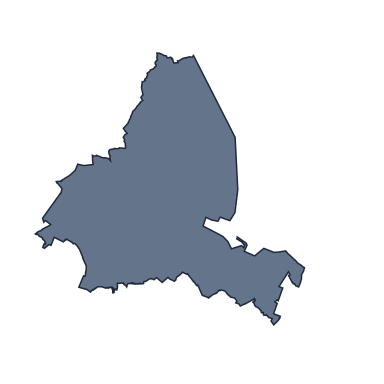 Villa de Cos, Zacatecas, Mexico (Equal Earth projection), rotated 290°
{"feature_id": "50627088B44812883049784", "entity_name": "Villa de Cos", "entity_type": "district", "adm_level": 2, "iso_a3": "MEX", "parent_name": "Mexico", "parent_adm1": "Zacatecas", "projection": "equal_earth", "projection_center": [-102.286, 23.528], "detail": "fine", "context": "isolated", "style": "filled", "palette": "slate", "viewbox_px": 384, "rotation_deg": 290, "n_neighbors": 0, "source": "geoboundaries", "source_scale": "gbopen_adm2", "svg_char_len": 5907}
<svg xmlns="http://www.w3.org/2000/svg" viewBox="0 0 384 384"><g transform="rotate(290 192 192)"><path d="M168.7,300.2L165.5,294.5L163.3,289.8L163.6,278.8L153.4,272.7L154.1,261.4L160.9,261.9L162.5,260.4L165.2,250.0L164.8,250.2L163.3,250.0L162.1,255.9L161.5,256.5L160.5,259.3L160.1,258.9L159.8,259.5L157.5,259.6L158.5,256.8L152.1,248.5L157.7,242.6L160.7,236.4L161.4,232.3L163.8,214.0L172.9,213.8L172.4,220.0L173.4,226.4L178.0,227.1L178.0,237.4L187.4,239.4L209.9,234.2L258.1,213.8L320.8,146.7L320.2,146.4L319.7,146.5L319.1,146.3L318.4,145.1L318.3,143.8L317.7,142.5L316.5,141.4L316.3,141.1L316.5,140.9L316.1,140.2L315.9,140.2L315.7,139.5L315.0,138.7L315.0,138.4L314.5,138.0L314.3,137.6L310.9,134.8L310.5,134.4L310.3,133.6L308.8,134.8L307.0,130.7L309.6,128.8L309.9,127.8L310.1,127.6L310.5,128.0L311.2,126.4L311.3,125.7L311.0,125.1L310.0,123.9L309.7,123.2L309.9,122.5L311.1,121.3L310.7,118.6L311.1,117.2L311.3,113.9L311.1,113.8L310.6,111.5L308.1,112.7L306.5,112.9L305.2,113.6L305.1,114.0L304.8,114.3L304.0,114.3L304.1,114.0L303.2,113.8L302.4,113.3L301.7,113.3L301.4,113.0L300.7,113.2L299.7,113.7L299.6,114.5L299.4,114.4L298.5,115.1L297.7,115.2L297.3,114.6L296.5,114.2L295.9,114.3L295.0,113.6L294.1,113.2L293.5,112.7L293.3,112.1L292.9,111.6L292.0,111.1L290.2,110.7L288.8,109.4L288.1,109.3L288.0,109.7L287.8,109.6L287.3,110.1L285.5,110.1L284.9,110.3L284.6,110.1L283.7,110.3L282.7,109.4L281.6,109.1L281.3,109.3L281.2,109.7L280.8,110.0L280.5,110.0L279.3,108.5L278.1,107.8L278.2,107.6L272.9,108.8L266.6,112.7L266.4,112.4L263.4,111.6L261.5,113.8L261.2,114.4L258.5,112.6L258.1,112.9L257.3,112.7L257.2,112.4L256.6,112.1L255.6,111.9L254.5,111.3L253.2,111.0L252.9,110.8L251.7,110.7L249.1,109.7L247.7,108.8L247.3,109.0L245.8,108.8L244.3,109.0L242.5,108.6L240.3,108.9L238.5,108.5L237.0,108.6L235.9,108.2L234.7,108.4L228.4,105.7L226.5,108.1L224.9,111.0L222.9,109.4L219.9,108.7L218.2,110.8L216.6,110.8L215.5,111.9L215.3,112.5L212.2,113.8L211.6,114.4L210.2,114.2L210.0,113.9L208.6,108.5L207.7,108.2L206.9,106.5L206.6,104.6L206.3,104.6L206.2,104.2L205.5,103.5L205.0,102.3L204.6,102.1L204.4,101.2L203.5,100.2L203.2,100.3L202.0,99.8L201.5,99.9L199.5,101.0L197.6,102.8L195.8,103.2L193.6,104.6L194.9,102.1L194.7,101.7L194.8,101.0L194.4,98.3L193.9,97.4L193.6,95.8L193.8,92.6L193.6,90.8L193.8,89.6L193.1,89.4L192.4,88.1L192.2,86.9L192.4,85.9L187.4,87.9L184.0,89.7L180.3,82.3L179.6,80.2L179.1,75.1L172.5,74.9L165.8,71.4L157.6,64.9L157.3,65.3L155.4,60.9L154.2,62.1L153.8,63.6L152.9,64.8L152.2,66.5L150.3,68.8L146.1,69.1L146.1,68.9L116.2,60.5L112.9,63.1L115.1,64.0L113.1,70.3L111.2,69.1L107.5,65.5L107.1,65.4L106.3,64.4L103.9,63.2L102.5,61.3L99.0,59.1L98.8,60.3L99.1,61.0L99.6,61.5L98.1,63.7L98.3,63.9L98.1,64.2L98.2,64.7L97.8,66.6L97.3,67.5L96.9,67.5L96.2,68.4L96.1,69.5L95.2,70.8L94.3,71.0L94.1,71.5L93.2,72.1L93.0,71.8L93.1,71.5L92.7,71.4L92.7,70.9L92.2,70.6L88.8,70.8L88.9,71.6L88.6,72.5L89.8,73.4L90.6,73.6L90.9,74.1L91.8,74.4L93.8,75.7L93.7,77.8L102.3,78.0L101.1,88.2L102.6,88.9L103.8,89.1L103.6,89.8L104.8,90.1L103.7,96.0L103.2,97.6L102.7,98.2L103.4,98.8L103.4,99.9L101.8,102.9L99.5,106.0L93.6,111.5L93.1,111.9L92.6,111.8L86.4,117.9L82.6,119.2L80.2,119.5L76.5,120.4L76.3,120.3L76.2,118.8L63.8,118.2L64.4,126.8L63.2,130.9L64.8,131.1L65.0,131.6L65.8,132.1L66.1,132.6L66.3,132.2L67.3,133.2L67.4,133.7L68.6,134.0L68.5,134.5L70.7,135.7L72.1,139.8L72.2,144.1L72.9,144.4L72.9,145.8L73.5,145.7L73.5,146.8L74.1,147.2L74.1,147.6L74.7,147.9L74.7,148.4L75.2,148.8L75.1,149.8L74.6,149.4L74.5,150.5L74.0,150.2L74.0,151.0L73.5,150.6L73.4,151.2L72.7,151.0L69.6,152.3L70.6,152.4L70.6,152.9L71.1,153.1L71.3,152.4L71.8,152.7L72.1,152.0L73.2,152.8L73.4,152.2L74.5,152.9L74.2,153.5L74.7,153.8L74.3,154.3L74.2,154.8L76.3,154.7L78.2,154.2L80.4,153.1L81.1,153.5L81.2,154.9L81.4,155.5L82.4,156.9L82.6,158.5L83.0,158.6L82.8,159.3L82.0,159.5L81.1,162.3L80.4,163.1L81.5,163.1L82.3,162.7L83.8,163.1L84.2,163.6L84.8,165.3L85.0,165.2L85.6,166.9L86.2,166.4L86.3,166.6L85.3,167.4L85.7,168.3L86.0,167.9L86.2,168.2L86.0,168.4L86.4,168.8L85.9,170.0L86.3,170.6L86.8,170.7L86.8,172.0L87.3,173.1L87.3,173.3L87.9,173.5L87.8,174.2L88.4,174.4L88.1,175.3L88.5,175.5L89.0,177.4L89.6,177.8L90.4,177.4L91.7,177.6L92.0,179.0L95.3,181.4L96.5,182.8L96.4,183.5L96.9,183.9L96.6,186.4L99.4,188.0L96.8,194.9L103.5,198.6L102.6,200.8L102.3,204.4L102.4,204.8L102.0,205.9L103.9,206.9L104.6,206.6L107.1,206.9L109.7,208.9L110.3,208.9L112.4,210.3L113.4,210.3L112.9,215.5L113.7,215.9L112.0,218.0L110.8,220.3L109.1,222.9L108.9,222.9L108.6,224.1L108.2,224.1L108.2,224.7L107.3,226.1L105.9,228.0L105.7,228.6L105.8,229.1L106.4,229.4L98.6,236.8L98.8,237.3L98.4,237.7L98.4,241.7L98.1,244.0L99.9,244.5L99.8,244.9L102.4,246.5L104.4,248.4L104.2,248.4L104.6,249.0L105.9,250.0L107.8,250.4L107.8,250.8L108.6,250.9L108.6,251.2L109.2,251.4L109.1,252.2L109.6,252.2L110.1,254.2L110.1,257.4L108.6,259.4L107.3,262.0L107.4,262.6L107.2,262.6L107.2,263.0L106.5,264.0L106.4,264.9L106.7,265.4L106.9,268.5L104.8,271.5L102.8,271.0L102.9,274.2L101.4,276.4L104.9,279.8L104.7,279.9L105.2,280.4L111.8,286.1L113.3,287.1L112.0,288.4L111.8,287.8L110.9,288.2L110.6,288.0L110.6,287.7L110.2,287.0L109.2,286.9L108.9,288.3L108.3,288.5L108.0,289.0L106.8,289.8L106.0,291.3L106.2,292.0L105.3,295.3L104.5,296.3L104.3,297.5L103.4,297.7L102.4,298.5L102.6,299.3L103.2,300.2L101.7,300.7L101.2,301.5L100.9,301.5L101.3,303.3L101.9,303.7L101.5,304.1L101.6,304.6L101.5,305.1L100.3,306.8L100.4,310.7L97.8,310.4L95.1,314.3L101.0,317.0L103.3,317.6L103.4,317.1L104.0,317.3L104.1,317.5L105.4,317.5L105.5,310.3L116.5,310.2L117.1,307.5L120.0,309.0L119.3,310.2L132.8,310.1L132.8,306.1L150.0,309.9L147.6,312.5L147.0,311.7L146.5,311.3L141.4,317.0L141.6,317.2L140.5,318.4L140.7,318.7L140.4,319.1L140.9,319.8L139.4,321.4L139.2,324.7L143.5,324.9L147.7,324.6L151.9,323.2L155.7,323.9L159.4,323.5L159.6,321.8L160.5,319.6L161.5,315.4L163.2,312.5L164.0,310.0L166.0,305.7L166.8,303.4L168.7,300.2Z" fill="#64748b" stroke="#1e293b" stroke-width="1.5"/></g></svg>